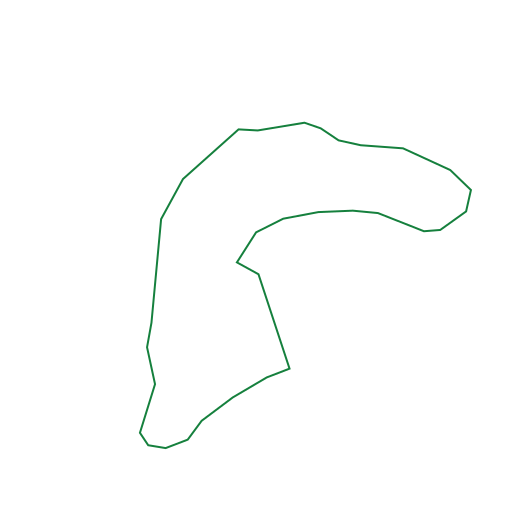 map outline of Hauts-de-Seine (orthographic projection), rotated 49°
{"feature_id": "FRA-5306", "entity_name": "Hauts-de-Seine", "entity_type": "Metropolitan department", "adm_level": 1, "iso_a3": "FRA", "parent_name": "France", "parent_adm1": "", "projection": "orthographic", "projection_center": [2.26, 48.844], "detail": "fine", "context": "isolated", "style": "outline", "palette": "green", "viewbox_px": 512, "rotation_deg": 49, "n_neighbors": 0, "source": "natural_earth", "source_scale": "10m", "svg_char_len": 556}
<svg xmlns="http://www.w3.org/2000/svg" viewBox="0 0 512 512"><g transform="rotate(49 256 256)"><path d="M285.3,153.2L263.8,180.1L245.7,211.0L238.2,240.4L248.3,274.6L271.4,266.1L363.0,304.6L354.7,327.5L347.5,366.3L344.7,405.1L349.8,428.0L341.7,450.2L328.1,461.5L313.3,459.6L286.5,416.3L253.4,398.1L237.8,378.7L165.9,303.4L150.0,260.6L149.0,186.1L162.4,172.3L187.2,132.0L202.1,123.4L222.9,117.8L241.1,104.3L271.2,74.4L318.6,53.0L347.2,50.5L360.2,68.2L357.2,99.9L347.5,113.0L303.6,135.8L285.3,153.2Z" fill="none" stroke="#15803d" stroke-width="2"/></g></svg>